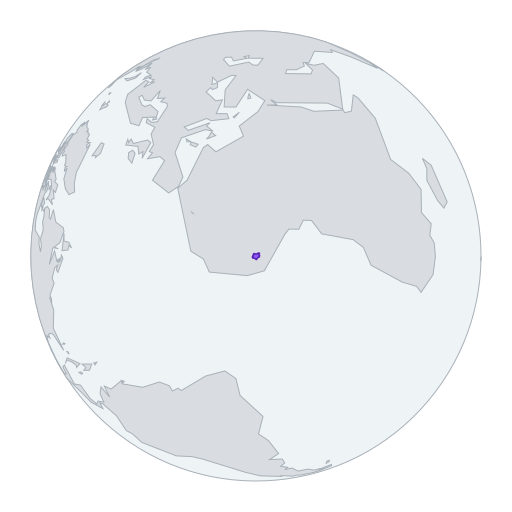 Worodougou on an orthographic globe, rotated 310°
{"feature_id": "CIV-3443", "entity_name": "Worodougou", "entity_type": "Region", "adm_level": 1, "iso_a3": "CIV", "parent_name": "Ivory Coast", "parent_adm1": "", "projection": "orthographic", "projection_center": [-6.431, 8.415], "detail": "fine", "context": "on_globe", "style": "filled", "palette": "violet", "viewbox_px": 512, "rotation_deg": 310, "n_neighbors": 0, "source": "natural_earth", "source_scale": "10m", "svg_char_len": 9654}
<svg xmlns="http://www.w3.org/2000/svg" viewBox="0 0 512 512"><g transform="rotate(310 256 256)"><circle cx="256" cy="256" r="225" fill="#eef3f6" stroke="#a8b0b8"/><path d="M183.5,42.7L171.4,47.6L175.7,46.0L170.7,48.8L173.7,48.3L169.0,50.5L175.6,48.3L179.3,46.5L183.4,45.0L185.6,44.8L179.9,47.3L178.0,47.8L177.5,48.4L173.8,49.9L176.8,49.1L169.8,52.6L179.9,48.9L176.9,51.6L171.4,54.0L167.9,54.0L146.5,61.9L139.9,65.6L133.9,70.2L131.2,77.7L125.5,82.2L120.7,88.2L125.6,85.2L131.1,79.6L139.2,76.3L145.0,70.6L149.1,68.7L156.7,63.5L159.8,64.3L158.7,68.2L152.6,72.8L152.0,74.9L161.3,71.0L153.3,80.9L153.8,90.2L151.3,93.2L140.0,97.2L131.2,95.3L116.7,103.1L130.4,98.4L123.8,107.1L124.5,109.0L127.4,109.1L131.6,106.2L130.2,109.6L116.1,114.8L117.1,111.8L121.6,109.9L117.4,109.4L107.9,114.2L105.3,118.9L93.6,123.3L91.6,127.0L87.9,130.4L91.9,124.1L84.5,135.9L70.4,147.1L60.1,169.3L65.6,151.1L64.7,148.2L62.6,147.4L60.7,150.9L60.5,146.8L56.0,153.0L47.9,170.2L42.8,184.4L43.7,186.6L46.9,179.4L49.3,179.2L41.2,199.1L44.3,204.5L40.3,220.2L40.3,229.2L43.4,228.2L46.2,233.5L50.3,225.0L56.1,221.4L53.9,234.5L58.9,223.4L60.9,230.5L73.7,232.9L72.1,235.7L82.6,253.6L97.4,263.0L100.9,273.1L98.8,278.7L104.7,281.3L104.8,285.2L131.7,294.6L147.9,306.0L149.2,319.4L138.9,333.5L137.6,364.5L121.3,372.3L122.6,384.3L119.2,400.3L108.7,397.2L117.3,406.6L116.0,411.0L110.7,410.1L114.6,416.1L110.9,415.3L116.8,420.0L118.2,426.3L126.4,433.1L129.3,438.1L134.8,442.0L133.2,441.5L133.4,442.3L135.9,444.3L127.7,439.6L117.0,431.1L113.7,427.4L111.4,426.1L103.6,416.0L103.9,417.7L90.5,400.8L83.6,387.2L65.9,345.1L61.1,335.8L51.7,323.5L39.8,288.4L40.4,275.8L38.9,268.9L43.9,251.9L44.3,234.0L43.0,230.9L40.7,236.8L38.0,223.6L39.4,209.7L40.8,189.3L46.2,173.8L52.7,158.9L60.3,144.4L68.9,130.5L78.5,117.3L89.0,104.8L100.4,93.1L112.6,82.3L125.6,72.3L139.2,63.4L153.5,55.4L168.3,48.5L183.5,42.7ZM56.6,176.8L60.4,190.4L55.3,190.2L56.8,188.5L56.5,183.3L54.8,177.9L51.1,179.0L56.6,176.8ZM65.1,165.7L64.2,164.4L65.5,164.8L65.1,165.7ZM154.4,63.5L155.5,63.5L153.5,64.4L154.4,63.5ZM156.7,61.4L153.6,62.5L154.3,61.7L156.1,61.0L156.7,61.4ZM160.3,60.3L155.8,60.2L156.9,58.8L165.0,55.3L160.3,60.3ZM179.5,46.0L175.7,48.0L176.9,46.7L179.5,46.0ZM179.3,45.7L177.1,45.1L183.9,42.6L183.2,43.1L190.4,40.5L194.8,39.5L191.8,40.7L186.6,42.4L192.2,40.8L179.3,45.7ZM185.1,44.4L184.1,44.3L189.9,42.1L193.0,41.9L190.1,42.6L185.1,44.4ZM197.5,38.5L199.9,37.8L202.4,37.2L195.4,39.3L190.8,40.4L197.5,38.5ZM189.9,43.0L194.4,41.9L193.7,42.9L186.5,44.4L189.9,43.0ZM190.0,41.6L192.9,40.7L192.4,41.1L190.0,41.6ZM193.6,46.4L192.2,45.9L195.1,44.6L193.6,46.4ZM196.2,41.5L196.4,41.2L197.4,40.8L200.2,40.3L196.2,41.5ZM199.4,38.4L200.4,38.3L202.5,37.5L206.2,36.8L200.9,38.5L204.7,37.5L205.9,37.3L200.3,38.9L199.4,38.4ZM205.9,38.7L200.5,41.2L202.4,42.2L199.8,43.3L197.2,41.5L205.9,38.7ZM203.1,38.6L204.3,38.8L200.5,39.8L197.4,40.3L203.1,38.6ZM210.6,35.9L206.3,36.5L207.6,36.1L210.6,35.9ZM207.2,38.7L208.5,38.1L207.8,38.6L207.2,38.7ZM210.4,36.4L208.7,36.6L210.2,36.2L210.4,36.4ZM212.6,37.1L210.8,37.8L208.6,38.0L212.6,37.1ZM212.2,36.6L214.7,36.1L208.9,37.7L211.2,36.7L212.2,36.6ZM212.2,36.0L212.5,35.9L212.7,36.0L212.2,36.0ZM221.8,36.1L215.0,38.1L210.2,38.5L217.5,36.4L221.8,36.1ZM144.0,448.7L129.6,441.0L136.5,444.7L135.1,442.5L144.9,447.8L144.0,448.7ZM142.3,443.0L144.3,442.1L146.6,443.3L145.8,444.3L142.3,443.0ZM465.3,172.8L472.3,196.7L477.1,218.0L477.9,228.5L469.3,200.1L462.0,180.7L461.0,183.6L450.4,169.1L438.1,172.3L434.5,167.7L432.6,170.9L424.8,167.3L418.5,159.8L414.7,161.3L430.9,181.1L434.8,179.8L435.5,170.4L439.5,178.0L446.7,183.7L445.5,204.9L424.2,228.0L419.0,212.4L386.6,173.1L385.8,168.3L385.5,167.8L385.0,166.9L385.2,174.8L378.6,167.3L399.2,194.8L404.1,207.4L423.9,229.0L422.8,231.8L428.3,236.0L441.9,226.9L442.7,232.3L438.2,258.8L416.5,297.1L417.6,319.8L413.1,339.6L395.7,354.8L393.3,369.5L383.7,375.8L380.5,384.2L370.7,393.9L355.6,403.6L334.2,405.8L336.0,398.5L330.0,384.8L322.9,350.0L331.6,332.8L331.0,319.9L315.2,292.1L318.9,275.7L313.8,269.2L304.0,271.6L297.8,263.9L291.5,264.1L250.0,271.9L235.4,262.0L213.7,230.6L219.9,217.6L217.8,203.0L257.6,152.5L269.7,154.5L305.2,146.0L310.3,147.3L310.0,158.3L339.8,169.4L344.8,159.6L367.9,164.7L380.7,162.9L378.3,142.4L357.2,144.9L349.7,135.8L363.5,125.6L381.3,124.7L378.9,121.3L364.4,114.7L365.1,108.0L359.0,112.0L363.9,115.2L360.2,118.2L355.4,115.6L355.9,113.1L349.6,112.2L349.0,125.3L354.0,129.9L339.5,134.0L346.4,142.4L343.7,146.9L330.9,134.7L329.6,129.8L308.7,118.1L308.7,123.3L328.5,135.1L323.8,134.5L324.0,142.8L320.2,136.0L298.6,122.9L283.2,127.5L269.5,149.3L259.4,151.9L248.2,148.6L247.5,128.0L270.3,124.7L270.3,118.5L260.8,110.4L268.5,110.4L267.4,107.1L275.5,105.9L282.1,97.2L289.6,95.8L287.6,86.2L291.2,84.4L291.4,90.4L295.5,94.2L313.6,92.0L315.8,89.7L313.0,83.9L318.3,84.5L313.3,79.3L321.4,76.3L307.3,75.9L303.7,70.2L306.0,65.6L302.3,64.0L298.4,71.6L299.2,74.9L303.9,77.7L303.7,88.0L298.5,90.3L289.1,80.1L280.6,82.6L277.0,74.5L289.6,57.1L297.3,53.8L319.7,58.7L320.6,61.9L313.0,61.5L324.3,66.5L321.3,63.8L325.7,64.7L323.4,60.4L326.4,60.8L318.9,56.3L322.4,56.4L327.1,59.3L326.5,54.1L332.4,53.9L330.8,52.6L327.4,51.2L337.2,52.4L335.6,51.5L331.8,50.6L326.1,48.4L319.9,45.1L323.6,45.7L326.3,46.9L337.7,50.9L344.4,54.7L345.3,54.7L340.3,51.6L326.5,46.6L321.7,44.6L328.2,46.4L325.5,45.6L324.2,44.8L326.5,44.7L319.3,42.7L300.9,35.8L303.4,35.8L311.3,37.7L308.5,36.9L324.5,41.4L340.1,47.0L355.3,53.8L369.9,61.6L383.9,70.5L397.1,80.4L409.7,91.3L421.4,103.0L432.2,115.6L442.0,128.9L450.9,143.0L458.7,157.6L465.3,172.8ZM248.3,177.4L248.2,181.7L248.3,177.4ZM403.4,134.8L412.0,134.3L402.5,122.9L405.1,121.9L400.9,118.7L401.8,122.1L390.9,113.3L392.6,109.5L388.7,104.9L385.6,104.9L384.3,113.6L399.9,125.8L400.3,130.9L403.4,134.8ZM74.2,232.9L75.4,235.7L73.2,235.3L74.2,232.9ZM53.0,195.2L54.5,196.1L54.8,198.4L53.4,198.6L53.0,195.2ZM69.8,200.5L72.3,202.3L69.0,202.7L69.8,200.5ZM61.4,192.3L67.7,199.6L61.4,201.9L57.7,197.6L61.2,197.4L61.4,192.3ZM61.2,172.6L61.8,173.9L60.6,176.0L61.2,172.6ZM66.0,166.1L65.5,166.1L65.9,164.1L66.0,166.1ZM124.6,106.8L125.7,106.5L127.9,107.3L125.5,108.4L124.6,106.8ZM146.2,103.8L143.6,109.5L143.8,105.9L139.8,108.1L135.4,104.0L149.8,94.6L144.0,99.3L146.2,103.8ZM133.4,96.7L134.6,99.8L132.8,96.8L133.4,96.7ZM253.4,92.0L257.8,93.6L256.9,97.4L247.4,101.2L248.5,95.4L253.4,92.0ZM264.1,95.1L257.3,84.9L263.0,82.8L261.0,85.6L265.4,85.2L263.3,89.7L275.2,98.4L275.3,102.5L257.6,106.0L263.4,102.3L258.8,100.7L264.1,95.1ZM230.2,68.8L227.4,66.0L243.4,64.7L244.2,67.6L234.7,70.9L228.2,69.7L230.2,68.8ZM175.4,54.8L173.3,55.0L174.9,54.1L178.0,53.2L175.4,54.8ZM192.7,46.3L186.3,53.5L183.6,53.9L183.1,58.4L175.7,61.5L176.2,58.3L170.2,64.5L167.7,62.9L164.4,67.2L166.4,59.7L163.9,59.1L169.5,58.5L176.4,55.6L178.6,54.1L183.1,49.7L181.2,47.5L187.7,44.9L192.8,43.6L194.2,43.7L189.6,45.2L194.9,44.3L189.2,46.7L192.7,46.3ZM248.9,39.0L242.9,39.2L252.6,40.7L247.0,41.9L248.4,42.0L245.9,43.7L245.4,46.1L242.3,46.5L243.5,47.4L241.8,48.8L242.3,50.2L236.9,51.6L237.2,53.5L234.5,53.2L236.3,56.2L232.5,54.7L230.0,56.8L235.0,57.2L204.5,64.7L194.7,70.2L188.5,75.9L182.8,73.3L185.0,66.7L191.6,59.2L201.9,54.8L197.4,54.8L201.1,52.8L203.0,53.6L202.2,51.2L205.7,49.9L211.5,45.3L208.1,43.4L210.1,42.0L213.2,42.1L213.1,40.7L220.4,40.1L222.0,39.1L230.8,38.0L235.8,39.3L237.3,38.2L244.0,37.7L248.9,39.0ZM224.3,35.8L231.7,36.3L232.2,37.4L216.7,39.0L214.2,40.0L204.2,41.8L203.7,40.3L206.6,39.8L209.3,39.1L208.4,39.8L211.1,38.7L215.2,38.2L218.4,37.3L219.9,37.6L224.3,35.8ZM313.7,142.9L317.2,143.1L322.2,142.1L322.4,147.7L313.7,142.9ZM298.9,134.0L301.7,133.1L304.4,139.8L300.8,139.9L298.9,134.0ZM300.9,127.2L301.6,132.5L299.1,129.7L300.9,127.2ZM293.7,89.4L296.5,88.4L297.7,89.7L297.2,91.9L293.7,89.4ZM276.5,45.9L273.0,45.3L273.2,44.8L267.7,42.4L271.5,41.7L276.2,42.8L276.5,45.9ZM376.1,146.3L373.8,150.5L371.2,148.9L372.5,147.7L376.1,146.3ZM347.8,149.1L355.4,150.9L347.8,150.6L347.8,149.1ZM279.7,44.7L277.0,43.8L280.5,44.1L279.7,44.7ZM273.9,41.2L277.7,41.2L271.3,41.4L273.9,41.2ZM400.1,428.7L397.8,430.9L396.6,431.6L400.1,428.7ZM438.1,331.9L420.3,367.7L413.5,369.2L415.2,359.5L423.8,338.2L432.7,330.8L437.8,320.7L438.1,331.9ZM477.6,219.9L479.7,231.9L479.7,234.7L477.6,219.9ZM307.7,41.6L311.2,45.2L316.2,48.3L322.8,50.4L314.9,49.4L307.2,44.6L307.7,41.6ZM301.3,36.2L295.5,35.1L296.9,35.1L298.5,35.3L301.3,36.2ZM298.6,35.8L293.5,35.6L289.5,34.7L294.3,35.0L298.6,35.8ZM286.9,38.9L287.6,39.9L284.7,39.5L286.9,38.9Z" fill="#d9dde1" stroke="#a8b0b8" stroke-width="1"/><path d="M257.3,259.1L257.2,259.0L256.9,258.9L256.8,258.7L256.7,258.5L256.0,258.6L255.9,258.6L255.2,258.5L253.8,258.6L253.7,258.6L253.4,258.5L253.4,258.2L253.5,257.9L253.5,257.7L253.4,257.5L253.4,257.4L253.4,257.2L253.4,256.9L253.3,256.7L253.3,256.4L253.2,256.2L253.1,255.9L253.1,255.7L253.0,255.4L252.9,255.2L253.0,255.2L252.9,255.2L253.0,254.9L253.0,254.7L253.0,254.4L253.0,254.2L252.9,254.2L253.0,254.1L252.9,254.0L252.9,253.9L253.0,253.9L253.2,253.7L253.3,253.7L253.5,253.7L253.6,253.8L253.8,253.9L254.0,253.9L254.1,253.7L254.3,253.4L254.5,253.4L254.8,253.2L254.9,253.3L255.0,253.4L255.3,253.4L255.5,253.3L255.5,253.2L255.8,253.3L256.0,253.4L256.1,253.2L256.3,253.1L256.3,252.9L256.5,252.9L256.7,253.0L256.8,253.1L256.7,253.3L256.7,253.5L256.8,253.6L257.1,253.9L257.2,254.0L257.3,254.2L257.8,255.1L258.7,255.4L259.2,255.5L259.5,255.8L259.4,255.8L259.2,255.8L259.3,256.0L259.6,256.1L259.8,256.2L259.9,256.3L260.0,256.3L260.0,256.5L260.2,256.8L260.2,257.0L259.9,257.2L259.7,257.2L259.5,257.3L259.4,257.4L259.2,257.5L258.8,257.6L258.7,257.6L258.7,257.8L258.7,258.0L258.6,258.3L258.6,258.5L258.4,258.6L258.2,258.7L258.1,258.8L257.7,258.7L257.5,258.8L257.4,258.9L257.4,259.0L257.3,259.1Z" fill="#8b5cf6" stroke="#5b21b6" stroke-width="1.5"/></g></svg>